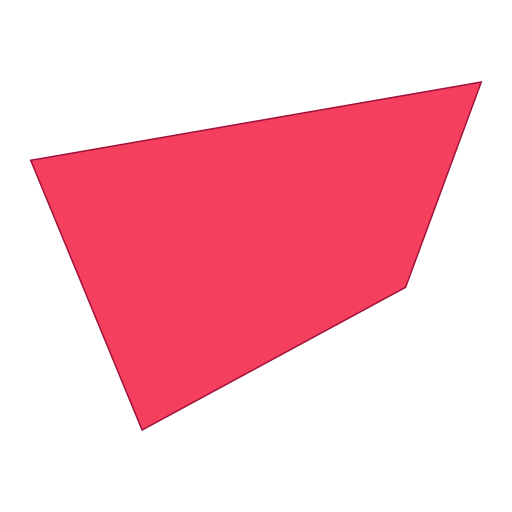 Jarvis Island, Albers equal-area conic projection
{"feature_id": "UMI-5173", "entity_name": "Jarvis Island", "entity_type": "state/province", "adm_level": 1, "iso_a3": "UMI", "parent_name": "United States Minor Outlying Islands", "parent_adm1": "", "projection": "albers", "projection_center": [-160.021, -0.381], "detail": "fine", "context": "isolated", "style": "filled", "palette": "rose", "viewbox_px": 512, "rotation_deg": 0, "n_neighbors": 0, "source": "natural_earth", "source_scale": "10m", "svg_char_len": 189}
<svg xmlns="http://www.w3.org/2000/svg" viewBox="0 0 512 512"><path d="M30.7,160.3L481.3,82.0L405.6,287.3L142.1,430.0L30.7,160.3Z" fill="#f43f5e" stroke="#9f1239" stroke-width="1.5"/></svg>